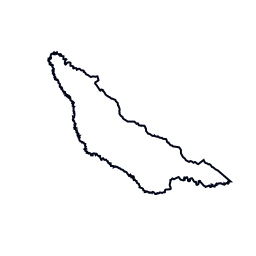 Sorriso, Mato Grosso, Brazil, rotated 322°
{"feature_id": "56859067B91584289010880", "entity_name": "Sorriso", "entity_type": "district", "adm_level": 2, "iso_a3": "BRA", "parent_name": "Brazil", "parent_adm1": "Mato Grosso", "projection": "natural_earth1", "projection_center": [-55.676, -12.694], "detail": "fine", "context": "isolated", "style": "outline", "palette": "ink", "viewbox_px": 256, "rotation_deg": 322, "n_neighbors": 0, "source": "geoboundaries", "source_scale": "gbopen_adm2", "svg_char_len": 5825}
<svg xmlns="http://www.w3.org/2000/svg" viewBox="0 0 256 256"><g transform="rotate(322 128 128)"><path d="M100.4,53.8L99.8,53.3L99.6,53.7L100.2,54.8L100.3,55.7L99.6,55.9L99.5,56.4L100.2,56.7L99.3,59.1L99.7,59.6L99.5,60.6L100.3,60.5L100.5,60.9L99.8,61.8L99.3,61.9L100.0,62.8L99.9,63.4L99.1,63.7L100.5,64.7L100.1,65.4L100.6,65.7L99.8,66.2L99.9,66.5L100.6,66.3L101.2,66.6L101.4,67.7L101.4,68.0L100.0,67.9L100.6,69.5L99.9,70.3L99.9,71.1L100.2,71.7L100.1,72.5L100.7,72.9L100.9,74.8L100.1,75.0L100.1,73.9L99.2,74.2L99.2,74.9L99.9,75.3L98.0,76.5L98.7,78.1L97.5,78.4L96.2,80.5L95.5,80.9L95.6,82.1L94.6,82.7L94.9,83.4L93.5,85.1L92.0,86.4L91.7,86.3L91.5,85.5L90.5,87.3L89.8,87.3L89.3,88.2L89.8,89.4L89.0,91.2L89.3,92.5L88.3,93.2L87.6,92.8L87.2,94.3L86.3,94.4L87.0,95.9L85.5,95.4L85.3,95.7L85.9,96.8L85.6,98.1L86.2,98.5L85.4,99.2L85.5,100.0L84.8,100.0L85.0,101.5L85.4,102.0L85.1,102.4L84.2,102.1L83.9,102.4L84.4,103.2L83.6,103.6L83.7,104.0L84.6,104.4L83.3,104.8L83.1,105.1L83.8,105.8L83.3,106.0L82.3,107.4L82.2,109.2L83.3,110.7L82.9,111.3L84.0,112.1L83.8,113.3L84.5,114.3L83.1,115.6L83.3,116.8L81.9,117.5L82.1,118.5L80.6,118.0L80.7,118.8L81.3,119.0L80.4,119.8L81.1,120.9L81.2,122.0L80.5,121.8L80.1,122.1L80.4,122.7L81.2,123.1L81.3,123.8L82.0,123.8L82.5,124.6L82.1,126.5L82.8,127.5L83.3,127.8L83.8,127.0L83.2,126.9L84.0,126.3L84.8,126.9L85.6,127.0L86.2,128.0L85.9,129.1L87.1,128.7L87.4,129.4L87.1,130.3L87.7,132.4L88.5,132.5L88.7,132.9L88.0,133.3L87.8,135.1L87.3,136.3L87.5,136.7L88.1,136.0L89.0,136.5L89.7,136.5L89.8,138.6L91.2,139.4L91.1,140.8L91.6,141.9L91.0,142.7L91.0,143.4L91.6,144.1L91.3,145.0L92.4,145.2L91.2,147.5L93.3,149.1L93.3,149.6L92.7,150.1L94.4,150.5L94.8,151.1L94.6,152.1L94.9,151.7L95.8,152.3L95.9,153.7L96.8,154.6L96.8,155.9L98.2,157.8L98.3,160.2L98.9,160.5L99.6,161.9L99.3,166.5L99.5,166.8L99.9,166.8L100.1,166.1L101.1,166.2L100.7,167.5L101.0,167.3L101.5,168.2L101.3,169.7L100.9,169.8L101.1,170.2L100.9,171.2L101.3,172.1L100.7,172.2L100.5,172.6L101.6,173.4L101.6,175.0L102.0,175.2L101.3,176.6L102.1,178.9L101.7,179.4L101.2,181.6L100.6,181.9L102.0,184.0L102.4,185.1L101.7,186.5L102.5,187.7L101.7,188.8L102.8,189.5L103.7,189.4L105.0,191.6L104.7,191.8L104.9,192.2L105.8,192.4L105.9,192.8L107.0,193.4L107.0,193.9L108.0,193.5L108.3,193.7L108.8,195.0L108.8,196.8L110.1,197.6L111.1,197.3L111.6,198.2L112.4,198.5L113.5,198.4L114.8,200.1L116.4,200.5L117.2,201.2L117.5,201.3L118.8,199.9L119.7,199.7L123.5,202.2L124.2,202.2L125.1,200.9L125.1,199.9L125.9,198.4L128.6,196.2L129.3,195.1L130.4,195.4L131.9,195.1L132.6,196.6L137.5,197.7L137.8,198.3L137.6,201.0L139.5,203.5L140.8,203.8L141.6,202.6L141.0,202.6L141.1,202.2L142.0,201.7L142.9,202.9L143.6,202.8L144.2,203.2L143.5,205.7L142.9,206.4L142.9,207.0L143.8,207.8L144.6,207.5L145.2,206.4L146.7,206.5L147.5,207.1L147.1,210.9L147.6,212.0L148.3,212.2L148.4,212.6L147.3,214.1L147.1,214.9L147.3,215.3L148.5,215.6L149.3,215.3L151.0,213.4L152.0,213.8L152.1,214.2L151.5,214.7L152.0,215.9L152.2,220.1L152.8,221.1L152.8,222.2L156.5,223.3L156.5,225.2L157.1,225.5L158.1,225.4L158.4,224.5L159.0,223.9L159.6,224.9L158.9,225.9L160.2,227.5L161.2,226.8L162.6,227.5L162.9,226.5L163.7,226.3L164.7,227.5L165.6,227.6L166.5,228.5L167.2,228.6L167.9,230.5L168.7,231.5L169.6,230.9L169.6,232.0L171.5,231.9L172.6,233.5L173.2,233.4L173.1,232.4L173.8,231.9L175.9,233.3L172.6,216.6L171.5,214.5L170.9,211.4L170.2,210.5L170.3,207.6L169.7,206.4L169.0,206.1L168.7,204.9L167.5,203.2L167.5,201.3L167.9,199.8L161.1,199.7L160.6,199.0L160.1,196.5L159.8,196.0L158.2,195.7L157.6,193.5L156.7,192.4L155.4,192.4L155.1,192.0L153.8,189.0L154.0,187.0L153.4,184.6L154.2,180.4L156.2,177.9L156.4,174.7L152.0,170.0L152.1,169.2L150.9,167.7L150.9,165.2L150.6,164.7L150.9,164.4L150.2,162.8L151.1,160.9L151.1,160.0L149.2,158.4L148.7,157.6L148.7,156.7L147.3,155.5L146.4,153.8L146.4,153.1L146.0,153.2L145.3,152.5L144.2,151.0L144.2,150.2L143.7,150.3L142.4,149.2L141.4,145.9L140.4,145.0L140.4,141.5L141.9,139.3L141.7,138.6L142.3,137.4L141.9,136.4L142.1,136.2L140.1,134.3L139.7,134.4L139.1,133.3L138.4,132.9L138.2,132.3L138.7,130.7L138.3,130.2L137.4,130.0L136.9,126.8L131.8,122.8L130.1,118.1L130.0,116.9L130.5,116.0L129.8,113.8L130.1,111.3L130.8,110.8L131.7,109.1L132.4,108.8L133.2,107.6L134.2,104.5L134.0,104.1L135.3,101.8L134.9,99.6L135.3,98.1L133.5,94.9L132.9,94.6L132.6,92.5L131.8,91.3L131.7,90.2L131.2,89.4L130.9,87.9L131.3,85.8L131.3,83.4L131.0,83.1L131.5,82.5L130.6,81.2L129.2,81.4L129.1,80.9L129.6,75.1L129.5,73.2L129.5,72.6L130.5,71.9L133.2,72.3L134.2,72.1L135.7,68.5L134.8,67.9L134.0,67.7L132.1,65.7L130.1,65.0L129.0,61.6L128.0,59.8L128.3,58.0L127.7,56.6L128.3,56.0L128.3,55.4L126.6,53.7L126.4,52.0L126.0,51.2L123.7,50.6L124.2,49.9L124.1,49.1L123.2,48.6L122.9,47.6L121.7,47.4L121.7,46.9L122.6,46.1L122.7,45.6L121.0,43.4L122.8,41.3L122.7,40.8L121.4,39.5L119.6,39.1L118.6,39.6L117.8,39.5L117.8,38.5L119.0,37.0L120.1,36.3L121.7,35.9L121.6,35.5L119.7,34.3L119.5,33.9L121.3,31.8L118.7,28.9L118.8,28.1L120.4,29.1L120.5,28.8L120.2,28.0L119.0,27.6L118.0,25.7L118.2,25.3L117.2,25.5L117.0,25.0L117.7,24.4L116.8,24.2L115.6,24.9L113.7,22.6L113.1,22.5L112.1,23.0L110.9,24.3L109.5,24.4L109.4,24.9L110.3,25.5L110.0,25.8L108.7,25.6L107.9,24.6L107.4,25.2L108.0,26.7L106.9,25.8L106.6,25.9L107.1,29.2L106.8,29.5L106.0,28.7L105.5,29.5L105.8,30.6L107.2,31.5L107.4,32.3L106.9,32.6L106.5,32.0L106.4,32.4L105.9,33.8L106.0,35.8L105.2,36.5L104.4,35.9L104.0,36.0L103.5,36.9L104.0,37.7L102.5,38.4L102.2,40.1L103.1,39.8L102.9,40.7L102.4,40.8L102.1,41.3L102.1,43.1L101.0,43.1L101.1,44.1L100.8,44.4L101.4,44.7L101.9,45.9L102.0,46.3L101.3,46.2L102.1,47.6L101.7,48.8L101.0,49.4L101.4,51.4L100.2,52.7L100.4,53.8ZM101.3,169.7L102.3,169.2L102.6,169.5L102.3,170.4L101.7,170.2L101.3,169.7ZM115.2,24.1L116.4,23.7L116.3,22.8L115.7,22.9L115.7,23.7L115.2,24.1ZM100.1,65.4L99.4,64.7L99.2,65.2L99.5,65.4L100.1,65.4Z" fill="none" stroke="#020617" stroke-width="2"/></g></svg>